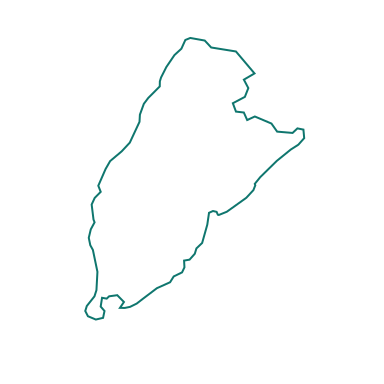 the district of Northampton, United States of America, rotated 16°
{"feature_id": "52423323B63825786634762", "entity_name": "Northampton", "entity_type": "district", "adm_level": 2, "iso_a3": "USA", "parent_name": "United States of America", "parent_adm1": "", "projection": "natural_earth1", "projection_center": [-75.874, 37.321], "detail": "fine", "context": "isolated", "style": "outline", "palette": "teal", "viewbox_px": 384, "rotation_deg": 16, "n_neighbors": 0, "source": "geoboundaries", "source_scale": "gbopen_adm2", "svg_char_len": 1227}
<svg xmlns="http://www.w3.org/2000/svg" viewBox="0 0 384 384"><g transform="rotate(16 192 192)"><path d="M143.7,47.7L142.3,57.2L137.4,65.2L132.9,78.9L130.7,90.4L130.6,94.5L131.9,99.4L124.0,113.7L121.4,120.5L120.6,132.0L122.2,139.0L118.6,161.7L113.2,172.3L104.8,184.8L102.6,193.7L100.2,211.8L104.2,217.0L100.1,224.5L99.0,231.7L104.9,245.6L106.7,248.0L105.0,255.8L105.4,264.5L108.9,271.2L112.7,275.0L123.1,294.8L127.2,312.7L127.0,319.2L122.3,330.6L122.2,335.8L126.2,340.1L134.7,341.1L141.2,337.5L140.7,330.5L135.8,327.3L134.7,318.5L139.4,318.0L141.1,315.1L148.6,311.8L156.9,316.5L154.7,323.2L159.3,322.0L164.1,319.5L169.6,314.5L174.0,308.5L184.8,294.1L195.8,284.8L197.7,278.2L204.6,272.0L205.5,266.5L203.3,260.1L208.3,257.7L211.7,250.6L211.8,245.0L215.8,238.2L215.7,219.2L214.1,207.3L217.4,204.5L221.1,204.3L223.1,206.7L224.1,206.7L230.9,201.4L245.8,182.6L250.5,173.3L251.0,168.1L250.1,166.9L253.5,158.9L265.0,138.6L275.3,123.9L281.2,117.2L285.0,109.3L281.9,101.3L275.8,101.8L272.4,107.5L257.2,110.5L249.5,104.3L231.6,102.1L225.2,107.6L219.9,101.3L212.1,102.6L206.8,95.4L216.6,86.0L217.5,76.6L210.9,69.7L219.4,60.8L195.5,44.8L170.6,47.8L162.5,42.9L147.9,44.4L143.7,47.7Z" fill="none" stroke="#0f766e" stroke-width="2"/></g></svg>